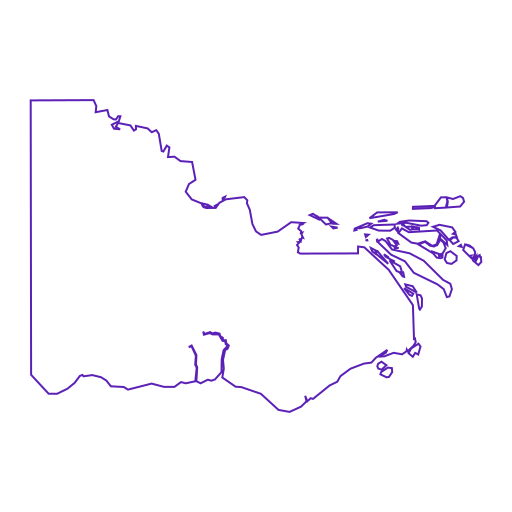 the district of South Fly District, Western, Papua New Guinea
{"feature_id": "67681753B32450151371022", "entity_name": "South Fly District", "entity_type": "district", "adm_level": 2, "iso_a3": "PNG", "parent_name": "Papua New Guinea", "parent_adm1": "Western", "projection": "natural_earth1", "projection_center": [142.961, -8.494], "detail": "fine", "context": "isolated", "style": "outline", "palette": "violet", "viewbox_px": 512, "rotation_deg": 0, "n_neighbors": 0, "source": "geoboundaries", "source_scale": "gbopen_adm2", "svg_char_len": 6164}
<svg xmlns="http://www.w3.org/2000/svg" viewBox="0 0 512 512"><path d="M298.2,228.6L299.9,224.9L298.9,225.3L303.4,223.0L291.2,222.2L277.7,231.6L261.1,234.9L256.0,231.4L252.4,224.0L249.8,209.8L246.9,203.2L247.3,200.3L244.3,197.1L225.9,199.3L219.4,202.8L215.7,207.9L206.4,208.0L203.7,207.2L202.8,206.3L201.5,203.4L191.7,199.4L185.7,191.7L189.0,184.0L195.5,179.8L192.1,162.0L180.5,161.1L174.5,156.7L168.0,157.1L169.4,147.4L166.8,145.6L163.4,151.5L161.7,151.0L158.8,133.8L156.3,130.2L151.7,132.2L147.6,128.4L135.9,125.9L136.0,129.3L133.9,130.6L130.4,125.4L118.1,123.0L115.8,126.8L120.1,129.3L114.0,128.7L111.8,124.7L118.8,121.3L120.4,116.3L118.2,116.2L115.9,119.5L113.6,119.3L109.0,116.4L107.4,110.0L95.7,112.2L96.3,106.1L93.6,100.1L30.7,100.4L31.1,374.8L48.6,393.7L57.0,393.8L67.5,388.7L74.7,382.8L79.8,376.0L82.4,374.9L83.5,376.3L92.3,375.1L101.0,377.2L106.3,380.5L110.9,386.3L123.7,387.0L128.0,389.6L151.6,383.6L164.1,386.9L174.4,386.9L181.0,382.1L185.7,383.3L195.3,381.3L196.7,367.7L195.2,364.7L195.9,355.7L191.6,346.3L188.7,347.1L191.6,345.5L196.4,355.1L196.0,364.5L197.2,367.3L196.4,381.2L200.6,383.3L207.8,379.7L211.4,380.7L215.0,379.4L221.5,372.1L221.7,359.4L223.6,350.2L227.8,345.7L225.7,344.1L225.2,341.2L222.5,340.8L218.8,334.4L212.5,334.4L209.8,333.1L203.9,334.7L203.2,331.6L204.6,333.9L210.2,332.1L212.2,333.4L215.4,332.6L219.5,333.6L220.4,336.3L222.8,337.8L223.0,340.4L225.8,340.2L226.3,343.4L228.8,345.5L227.6,348.7L225.1,350.1L223.0,359.9L223.8,368.7L222.3,377.5L235.6,386.7L241.3,387.1L260.9,393.8L278.5,409.9L289.6,411.9L301.1,406.6L306.5,401.3L305.2,395.8L307.3,401.3L310.7,398.2L313.0,398.9L329.7,385.4L337.2,381.8L340.5,376.1L350.5,368.7L363.9,363.6L371.4,362.6L375.8,357.8L387.3,349.9L385.8,352.8L378.6,356.7L384.5,356.3L393.6,352.8L402.1,354.3L406.5,351.3L406.8,349.6L407.7,351.2L413.6,345.7L415.7,342.1L415.0,338.5L414.0,338.9L412.9,305.1L388.7,269.8L364.3,247.3L358.1,246.5L358.0,253.4L300.3,253.6L297.9,252.3L298.7,247.5L297.0,245.0L298.9,242.9L298.0,242.1L300.5,241.8L299.3,238.6L301.0,240.3L302.0,237.3L303.0,237.7L301.4,234.1L302.3,232.6L300.9,232.9L301.2,231.2L298.2,228.6ZM409.6,253.3L392.0,249.5L385.6,241.1L382.0,239.0L377.6,241.8L391.1,254.7L404.9,261.3L413.8,272.8L437.7,284.5L443.7,289.1L446.9,297.1L449.4,296.4L451.9,289.1L450.3,283.8L443.1,279.9L423.7,260.7L409.6,253.3ZM408.8,232.2L401.9,228.4L398.4,233.1L411.4,242.6L417.8,243.7L425.2,241.3L432.3,245.9L436.6,244.4L440.1,233.6L437.0,230.5L408.8,232.2ZM443.5,242.5L440.3,239.6L437.2,245.1L433.9,246.5L429.9,245.6L425.0,241.8L418.5,244.5L433.3,253.5L436.7,257.6L440.4,258.2L442.4,257.6L442.5,255.5L439.1,256.2L438.7,254.0L430.9,251.0L440.0,254.3L442.6,253.5L445.7,248.2L443.5,242.5ZM452.2,227.4L439.5,224.8L433.0,226.8L440.6,230.4L448.9,239.8L452.5,237.3L456.8,237.1L455.5,233.5L454.7,234.3L453.0,233.8L455.4,231.9L452.2,227.4ZM446.9,197.4L447.8,201.7L446.9,207.5L460.2,206.5L464.1,201.7L463.0,198.0L460.3,196.2L453.0,199.0L446.9,197.4ZM394.5,224.5L373.8,225.2L369.9,227.5L378.9,230.6L390.2,230.7L394.9,227.6L394.5,224.5ZM456.7,256.0L450.4,251.2L446.4,253.1L444.7,259.5L447.0,263.0L451.5,263.9L456.5,260.4L456.7,256.0ZM434.9,205.4L435.0,208.2L445.8,207.6L447.4,201.3L446.5,197.3L441.0,197.3L434.9,205.4ZM409.1,220.5L399.9,221.8L397.2,223.7L406.4,222.8L421.1,225.7L426.7,225.2L428.4,222.8L426.6,221.2L409.1,220.5ZM469.2,246.3L465.1,244.4L463.2,250.0L469.1,255.9L471.3,255.6L470.2,256.9L471.6,258.4L474.6,256.3L475.1,252.0L473.2,248.3L469.5,245.5L468.4,245.2L469.2,246.3ZM418.2,354.5L420.5,346.6L418.5,343.7L411.1,348.5L408.6,353.2L412.8,356.8L415.2,352.9L418.2,354.5ZM309.8,215.1L318.8,219.4L318.7,217.5L326.0,224.5L331.8,223.1L327.6,217.7L319.1,217.6L312.9,213.8L309.8,215.1ZM391.9,368.1L387.8,367.6L381.1,372.1L380.4,374.3L386.5,377.3L389.0,376.9L392.2,372.1L391.9,368.1ZM369.5,218.2L394.1,214.0L397.7,212.3L377.2,212.4L369.5,218.2ZM416.7,294.4L419.2,308.7L419.9,309.6L421.9,306.5L422.0,298.4L420.5,295.3L416.7,294.4ZM400.4,272.6L401.6,270.9L400.2,266.3L389.6,260.4L396.5,271.0L400.4,272.6ZM480.3,257.9L479.7,255.1L478.4,255.7L475.7,261.4L476.2,256.1L474.1,259.1L473.7,257.6L472.9,260.4L478.4,265.1L481.3,262.0L480.8,256.2L480.3,257.9ZM381.6,369.7L386.4,365.2L381.5,361.7L378.2,363.7L377.3,366.2L378.2,368.5L381.6,369.7ZM394.7,246.4L396.7,245.3L392.9,239.9L389.1,237.9L387.1,238.5L390.5,244.9L394.7,246.4ZM453.2,244.0L458.6,241.2L456.6,237.8L453.4,237.4L449.7,240.2L453.2,244.0ZM359.5,228.4L367.4,226.6L371.2,223.7L367.5,223.2L357.1,227.6L359.5,228.4ZM412.9,208.9L430.8,208.1L433.2,207.5L434.1,206.8L434.5,205.9L413.0,206.8L412.9,208.9ZM447.3,245.0L446.7,240.5L440.4,233.9L440.0,238.4L447.3,245.0ZM412.7,286.2L405.3,284.4L406.1,286.8L416.8,292.6L412.7,286.2ZM388.2,263.8L377.3,251.0L376.3,250.8L376.3,254.1L388.2,263.8ZM411.9,295.9L413.3,293.7L404.1,288.2L409.4,294.8L411.9,295.9ZM204.2,206.9L210.2,206.2L207.7,204.7L202.6,203.5L204.2,206.9ZM411.6,226.6L406.9,226.8L406.0,227.1L410.1,229.9L412.7,229.3L411.6,226.6ZM375.4,253.7L375.6,250.4L370.9,248.0L372.4,251.6L375.4,253.7ZM377.8,221.6L387.4,220.8L384.3,219.8L377.8,221.6ZM404.1,276.8L403.2,272.3L400.2,273.2L402.7,276.4L404.1,276.8ZM333.3,228.4L337.6,227.7L331.5,226.6L333.3,228.4ZM417.2,229.2L416.5,227.4L412.5,226.5L413.5,229.3L417.2,229.2ZM332.4,223.7L336.5,223.8L330.5,219.8L332.4,223.7ZM365.9,237.0L368.5,234.7L365.1,234.4L365.9,237.0ZM397.5,231.4L398.3,229.0L397.8,227.6L395.9,229.5L397.5,231.4ZM398.2,243.6L397.1,241.2L395.3,241.0L396.2,243.1L398.2,243.6ZM388.7,258.4L388.1,257.0L384.0,254.3L385.6,256.7L388.7,258.4ZM213.9,206.4L217.1,205.7L217.6,204.4L213.9,206.4ZM394.8,248.2L398.7,247.9L394.6,247.4L394.8,248.2ZM461.7,246.9L460.9,244.8L458.9,246.2L461.7,246.9ZM354.7,228.9L354.4,230.5L356.7,229.9L356.6,229.5L354.7,228.9ZM404.7,225.9L403.1,224.1L402.0,224.5L402.2,225.2L404.7,225.9ZM391.1,260.1L394.9,261.5L390.9,259.6L391.1,260.1ZM419.0,229.3L419.0,227.8L417.6,227.4L417.7,228.5L419.0,229.3ZM222.7,199.0L224.9,197.2L225.1,196.7L222.7,197.9L222.7,199.0ZM365.5,240.3L367.3,240.4L367.2,240.0L365.5,240.3ZM377.0,240.4L378.0,239.2L376.9,239.7L377.0,240.4ZM210.5,207.5L211.4,206.3L210.2,207.0L210.5,207.5ZM303.9,223.3L301.7,224.3L301.0,224.7L302.3,224.4L303.9,223.3Z" fill="none" stroke="#5b21b6" stroke-width="2"/></svg>